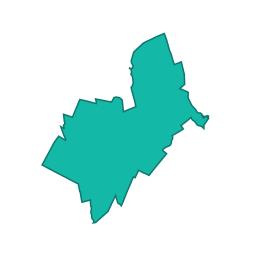 Sagu, Arad, Romania (Mercator projection), rotated 281°
{"feature_id": "2599482B52260231187564", "entity_name": "Sagu", "entity_type": "district", "adm_level": 2, "iso_a3": "ROU", "parent_name": "Romania", "parent_adm1": "Arad", "projection": "mercator", "projection_center": [21.357, 46.043], "detail": "fine", "context": "isolated", "style": "filled", "palette": "teal", "viewbox_px": 256, "rotation_deg": 281, "n_neighbors": 0, "source": "geoboundaries", "source_scale": "gbopen_adm2", "svg_char_len": 5093}
<svg xmlns="http://www.w3.org/2000/svg" viewBox="0 0 256 256"><g transform="rotate(281 128 128)"><path d="M203.1,167.7L202.0,166.0L202.0,165.9L201.8,165.8L201.6,165.6L201.0,164.5L200.8,164.0L200.6,163.7L200.3,163.2L199.1,161.4L202.5,159.4L204.1,158.6L204.5,158.4L205.5,157.9L206.6,157.3L207.1,157.0L208.5,156.4L209.3,155.9L210.8,154.8L211.4,154.4L212.4,153.8L212.7,153.6L214.3,152.8L215.5,152.2L216.9,151.6L218.2,150.9L220.1,149.9L221.7,149.2L222.8,148.5L223.9,147.9L225.6,146.9L227.7,145.5L226.5,143.7L224.4,140.6L222.7,138.1L222.4,137.6L220.6,135.3L220.4,135.0L219.0,133.3L218.8,132.9L218.5,132.5L217.2,130.7L216.6,129.8L216.0,128.9L215.6,128.6L214.2,127.1L213.9,126.7L214.0,126.6L211.9,125.2L207.1,121.6L203.7,119.2L201.8,119.0L199.1,118.7L196.1,118.5L194.9,118.3L193.0,118.8L192.1,119.4L190.3,120.9L189.5,121.3L187.5,120.9L187.1,120.0L187.0,119.6L186.8,119.2L186.9,118.8L187.2,118.2L186.8,118.1L186.6,118.5L186.4,119.1L186.1,120.0L181.7,121.1L181.4,120.6L181.0,120.8L179.7,122.3L178.1,123.0L172.9,124.7L172.6,124.8L172.0,124.4L170.8,124.2L169.7,124.1L168.8,123.4L168.7,123.3L166.3,124.2L155.0,129.8L150.4,131.6L150.1,131.2L148.5,128.6L143.1,120.4L148.7,118.7L154.3,117.0L154.9,116.1L155.5,115.2L156.1,114.1L156.2,113.0L156.1,111.7L156.1,110.4L155.5,109.1L155.2,108.7L154.9,108.2L154.3,108.2L151.8,107.4L150.4,106.8L150.3,104.6L150.3,99.2L150.3,94.9L150.3,90.6L148.6,91.3L147.9,91.8L147.4,92.0L145.9,92.1L146.0,91.0L146.3,86.1L146.6,81.4L146.7,76.9L146.8,75.3L128.0,71.4L129.2,62.1L122.3,64.3L120.2,65.3L118.4,64.1L115.6,65.4L115.4,65.2L116.5,61.8L109.0,66.2L104.9,69.0L104.6,69.1L104.0,68.9L104.6,67.2L105.5,65.0L106.4,62.3L106.8,61.6L100.1,58.4L88.7,54.9L87.8,54.6L87.7,54.6L78.4,51.7L75.3,50.7L74.0,55.0L73.3,57.2L72.7,59.1L72.7,59.3L72.2,61.0L71.3,63.7L70.9,65.2L70.3,67.2L69.5,70.1L68.5,73.3L67.8,75.8L67.1,78.2L66.3,80.6L65.6,83.0L64.3,87.4L63.6,89.9L61.5,90.8L59.9,91.4L56.5,92.7L56.4,93.1L55.3,93.6L53.1,94.4L48.5,96.1L46.4,97.0L48.0,100.4L50.1,104.7L43.8,106.5L43.3,107.2L42.2,107.4L40.8,107.5L39.1,107.5L37.3,107.9L36.0,108.8L35.3,109.0L34.1,109.3L32.7,109.7L31.8,110.4L30.9,111.7L30.4,112.1L28.8,112.3L28.3,112.0L28.7,113.5L29.2,114.4L41.5,123.7L42.2,124.2L42.8,124.5L43.3,124.5L57.7,128.2L59.3,128.6L54.4,131.3L53.1,131.9L52.4,132.4L52.0,132.9L51.6,134.6L51.2,135.2L50.3,136.3L55.5,137.4L66.2,139.4L72.1,140.7L81.0,142.6L80.5,144.4L88.6,146.5L87.0,151.2L86.3,155.0L85.5,157.7L91.3,160.6L93.5,161.8L100.6,165.6L103.7,167.3L107.0,169.1L110.2,170.8L111.9,167.5L112.8,166.1L113.1,166.0L113.5,166.3L113.9,166.5L115.4,167.9L116.0,168.6L116.7,169.3L117.1,170.1L118.3,171.8L118.9,172.5L120.3,173.2L121.5,173.4L121.9,173.4L122.2,173.4L122.6,173.2L123.2,173.1L123.8,173.1L124.5,173.4L125.5,173.8L126.4,173.8L127.6,173.6L128.2,173.3L128.4,172.9L128.7,172.8L129.1,172.9L130.7,174.9L135.5,180.3L137.6,182.5L140.5,179.5L144.9,183.4L147.3,185.4L150.3,187.9L149.6,188.4L149.1,188.8L148.6,189.3L148.1,189.9L147.8,190.6L147.3,191.7L146.7,192.8L145.9,193.6L145.0,194.4L144.5,195.0L144.0,195.9L143.8,197.0L143.8,198.1L143.7,199.3L143.4,200.4L142.8,201.1L141.9,202.6L145.1,202.0L145.3,202.0L145.5,202.0L145.8,202.1L146.2,202.3L146.4,202.4L146.6,202.5L147.1,202.8L147.4,202.9L147.6,203.0L147.8,203.0L148.0,203.1L148.3,203.3L148.5,203.4L149.1,203.6L149.6,203.9L149.8,204.0L150.5,204.2L150.9,204.3L151.2,204.5L151.6,204.6L151.9,204.8L152.2,205.0L152.4,205.2L152.5,205.3L152.8,205.2L153.1,205.0L153.1,204.9L153.3,204.8L153.4,204.6L153.5,204.5L153.6,204.3L153.7,204.1L153.7,203.9L153.8,203.9L153.9,204.0L154.0,204.2L154.0,204.3L154.2,204.5L154.3,204.6L154.3,204.8L154.5,204.9L154.8,204.8L154.9,204.7L155.0,204.6L155.2,204.4L155.2,204.2L155.3,204.0L155.3,203.9L155.3,203.7L155.1,203.5L155.0,203.4L154.7,203.3L154.7,203.2L154.7,202.8L154.7,202.7L154.4,202.5L154.4,202.4L154.4,202.2L154.1,201.9L153.9,201.7L154.0,201.4L154.1,201.2L153.9,201.0L153.8,200.9L153.7,200.7L153.3,200.6L153.1,200.7L152.8,200.7L152.6,200.6L152.5,200.3L152.4,200.1L152.5,199.9L152.5,199.7L152.9,199.4L153.0,199.3L153.1,199.2L153.4,199.1L153.5,199.2L153.5,199.3L154.1,199.4L154.3,199.3L154.5,199.0L154.7,198.9L154.7,198.7L154.5,198.4L154.6,198.2L154.8,198.3L155.0,198.2L155.7,197.7L155.8,197.5L155.8,197.4L155.9,197.2L156.0,197.1L156.1,196.9L156.2,196.7L156.4,196.5L156.4,196.4L156.4,196.2L156.5,196.1L156.3,194.8L156.2,194.0L156.6,193.4L156.7,193.1L157.3,192.4L157.6,192.1L158.3,191.5L158.6,191.2L159.0,190.8L159.3,190.4L159.4,190.2L159.5,190.1L160.0,189.5L160.2,189.2L160.6,188.6L160.7,188.4L160.9,188.2L161.2,187.8L161.8,187.0L162.4,186.4L162.6,186.2L162.9,185.8L163.1,185.6L163.3,185.5L163.4,185.3L163.7,185.2L164.0,185.1L164.1,184.9L164.4,184.7L164.5,184.5L165.5,183.9L165.7,183.7L166.0,183.5L166.3,183.3L167.0,182.7L167.4,182.4L168.3,181.8L168.6,181.5L169.4,181.2L169.5,181.1L170.6,180.9L170.8,180.9L174.8,180.3L174.7,180.3L174.7,180.0L174.8,179.8L174.8,179.5L174.9,179.2L175.2,177.9L175.8,174.8L176.2,173.1L176.6,171.4L178.8,173.0L180.7,174.5L181.5,175.3L185.6,174.4L188.1,173.8L189.5,173.4L191.2,173.1L192.3,172.6L195.4,171.2L199.1,169.5L201.3,168.5L203.1,167.7Z" fill="#14b8a6" stroke="#0f766e" stroke-width="1.5"/></g></svg>